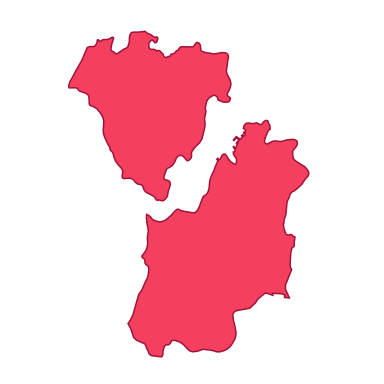 Antsiranana I, Diana, Madagascar, rotated 357°
{"feature_id": "10022922B77517626674469", "entity_name": "Antsiranana I", "entity_type": "district", "adm_level": 2, "iso_a3": "MDG", "parent_name": "Madagascar", "parent_adm1": "Diana", "projection": "robinson", "projection_center": [49.261, -12.291], "detail": "fine", "context": "isolated", "style": "filled", "palette": "rose", "viewbox_px": 384, "rotation_deg": 357, "n_neighbors": 0, "source": "geoboundaries", "source_scale": "gbopen_adm2", "svg_char_len": 6013}
<svg xmlns="http://www.w3.org/2000/svg" viewBox="0 0 384 384"><g transform="rotate(357 192 192)"><path d="M292.5,242.3L290.9,241.5L289.6,240.1L288.8,239.7L287.9,239.6L285.7,240.1L284.1,239.3L283.6,238.7L282.6,236.0L281.7,231.5L281.7,229.0L282.1,228.0L282.5,224.9L284.7,218.9L286.3,207.6L287.0,205.7L288.8,202.3L289.5,200.2L290.7,198.3L292.1,197.0L293.6,196.5L297.0,194.3L301.3,190.7L302.7,189.2L306.2,184.5L308.5,182.5L309.6,180.0L309.5,178.2L309.1,177.2L307.7,174.9L306.2,172.9L297.9,167.0L295.7,165.1L294.9,163.6L294.5,159.3L294.7,156.5L296.1,154.6L297.7,153.0L299.4,150.7L299.8,148.9L299.6,147.0L299.4,146.5L297.8,145.4L296.3,144.8L292.1,144.7L288.6,145.1L285.0,146.1L282.1,146.1L278.2,145.4L276.1,145.4L273.7,146.1L270.0,148.0L268.7,147.9L267.7,147.1L267.1,145.9L267.1,144.8L267.6,143.0L268.8,139.9L271.7,134.2L273.3,133.6L273.3,129.3L272.7,129.2L271.5,125.0L270.4,124.4L269.1,124.5L267.2,125.7L265.5,127.8L264.0,128.3L262.8,128.0L262.0,127.3L259.9,126.3L256.7,127.0L251.7,126.0L249.8,126.2L247.5,128.3L246.6,131.2L248.7,132.6L248.0,134.9L246.9,134.9L246.7,135.9L248.2,136.1L247.9,137.8L246.5,138.8L245.8,137.5L244.5,138.2L245.3,139.7L243.0,141.9L239.1,139.0L236.1,142.2L236.7,142.8L239.2,140.1L241.8,142.2L241.3,143.4L240.7,143.2L240.2,145.0L239.5,144.6L238.9,145.9L239.8,146.5L237.6,151.0L236.2,148.7L235.6,149.0L237.2,152.2L237.1,153.5L236.5,154.2L235.4,154.1L235.3,155.7L235.5,156.8L237.8,160.6L238.1,161.5L238.1,164.1L237.3,166.0L236.6,166.5L235.7,166.4L232.5,164.1L230.6,161.7L228.2,157.3L227.3,156.2L226.6,155.8L225.4,155.8L224.0,156.8L222.0,160.5L220.6,161.4L219.6,159.7L218.5,160.4L219.5,162.4L218.9,163.1L218.2,165.0L217.2,166.6L215.0,171.7L212.9,175.5L210.9,179.9L210.1,182.9L209.3,188.9L208.1,192.5L207.2,194.0L205.5,195.8L203.9,196.3L202.7,197.6L199.8,203.9L199.1,206.0L198.2,207.4L197.5,209.0L196.6,210.5L195.4,211.7L193.3,212.9L192.1,212.9L181.6,210.5L179.1,209.5L177.9,208.6L176.3,208.5L173.9,210.1L169.6,214.5L164.7,218.3L162.0,219.6L158.9,220.1L157.8,220.1L154.8,219.2L152.2,218.0L151.1,217.3L148.9,214.2L147.4,213.0L145.5,212.0L145.1,215.4L145.5,221.8L146.2,226.4L146.3,228.7L145.0,235.4L145.1,240.8L144.2,244.9L143.3,247.3L141.9,249.4L138.9,252.9L138.6,253.9L139.0,255.0L140.3,255.9L141.1,256.9L141.4,258.1L141.3,259.9L141.5,260.9L142.0,261.9L143.3,262.8L144.3,264.1L144.8,265.8L144.8,267.5L143.7,273.2L143.2,275.0L141.1,278.5L136.9,287.0L133.5,291.4L126.5,311.8L124.0,316.3L121.2,320.0L123.5,324.8L126.2,334.3L127.9,336.2L129.4,337.4L136.9,341.2L137.8,343.2L138.7,346.3L140.2,349.1L140.3,350.5L140.8,351.6L142.5,353.1L143.9,353.5L152.5,355.0L153.4,354.8L154.4,353.1L154.4,351.4L155.1,347.8L156.9,344.1L158.3,343.3L160.2,343.5L161.1,343.1L162.4,342.0L163.9,339.6L164.5,339.2L165.4,339.1L167.2,339.3L172.0,341.2L175.6,344.0L180.3,349.6L181.5,350.6L184.2,351.6L189.3,351.3L194.4,349.7L200.8,350.6L206.0,351.9L207.8,352.8L211.3,353.1L215.8,352.1L218.6,350.9L221.3,349.0L223.5,346.7L226.8,341.7L228.1,338.4L228.5,335.9L228.5,333.3L227.4,325.5L226.6,322.0L226.3,316.5L227.1,315.0L228.3,313.8L230.4,312.8L242.4,311.3L244.0,310.8L249.9,305.7L251.1,303.8L252.8,301.9L259.6,296.9L261.2,296.9L267.4,299.4L267.1,297.4L276.3,298.3L279.5,299.9L278.8,302.1L283.7,302.9L280.3,294.1L280.5,289.8L287.5,274.5L286.5,273.1L286.2,269.3L287.4,258.2L288.8,253.2L291.1,251.7L291.6,247.0L292.5,242.3ZM74.8,81.6L81.9,81.9L82.7,82.5L84.0,84.3L85.2,85.4L89.9,87.3L92.5,88.8L93.5,90.1L94.0,91.7L94.1,97.0L93.9,98.2L94.3,99.6L95.1,100.4L98.1,101.6L101.5,103.9L102.3,105.3L104.0,107.4L105.4,109.6L107.0,113.2L107.5,115.9L107.5,117.9L106.5,126.4L106.7,129.0L107.5,132.4L110.7,140.4L112.3,143.1L112.3,144.5L112.6,145.8L113.3,146.7L114.3,147.6L115.1,149.2L115.5,150.7L115.8,152.9L117.1,156.7L118.9,159.8L122.8,164.8L124.0,167.2L123.2,171.7L123.1,173.8L123.4,174.4L124.7,175.1L130.4,174.9L133.2,176.0L134.4,177.0L136.0,179.4L137.3,180.6L139.0,181.5L141.2,181.9L142.2,182.5L143.2,183.9L144.2,187.3L145.5,189.3L147.1,190.6L149.0,191.5L153.5,194.3L154.8,195.9L156.0,198.1L157.2,198.5L159.4,198.2L160.9,199.1L162.3,199.2L163.6,198.8L165.2,197.5L166.9,195.4L167.5,193.8L168.3,189.9L169.2,187.9L170.8,183.4L170.7,181.8L170.1,180.2L167.9,178.9L165.3,178.1L164.6,177.2L164.9,175.0L167.9,167.6L173.0,165.1L174.2,164.0L176.3,161.3L178.1,157.4L179.8,155.5L182.1,154.8L183.4,155.0L185.2,156.0L188.6,160.4L189.8,160.6L191.3,159.6L192.6,158.2L193.3,157.0L193.5,155.8L193.5,153.0L194.2,151.2L198.1,146.7L202.1,143.3L204.1,140.4L205.0,138.6L208.2,128.1L208.6,124.8L208.4,119.0L210.1,112.9L209.7,108.9L209.9,107.8L211.2,103.0L212.5,100.6L213.8,99.2L215.4,98.1L218.2,96.7L219.1,96.5L221.0,97.3L222.0,98.2L223.0,101.6L227.6,103.7L229.7,104.1L232.5,104.1L234.0,103.3L235.0,101.8L235.3,100.8L235.1,99.9L232.6,97.7L232.2,96.4L232.4,95.5L234.4,92.4L235.6,89.9L236.5,86.5L236.5,85.3L235.9,82.0L233.4,76.7L232.7,73.5L233.1,70.3L233.9,67.0L234.5,62.8L235.3,60.4L235.5,58.1L234.7,56.1L232.9,54.8L229.0,54.3L222.7,55.2L220.3,55.2L217.0,54.2L213.6,53.7L209.5,52.2L208.7,51.6L208.3,50.5L208.0,45.6L206.8,43.6L205.0,42.9L204.1,43.1L200.8,47.0L199.6,47.1L189.4,46.4L188.2,46.6L186.5,48.0L185.8,49.4L183.6,50.4L181.7,52.6L178.4,53.3L177.9,53.7L177.6,54.7L176.9,55.3L175.0,55.5L173.4,56.4L172.6,56.4L170.7,54.6L170.1,52.2L168.8,51.3L167.3,49.3L165.7,48.8L164.0,49.3L162.7,48.1L161.3,47.5L158.6,47.5L157.4,46.7L156.6,45.4L156.6,42.0L157.1,40.7L158.7,38.7L159.5,38.2L160.5,38.3L161.8,39.6L162.4,40.8L163.7,41.0L164.8,40.1L165.9,37.2L165.9,36.4L165.5,35.7L164.3,35.2L163.4,35.6L162.5,35.4L158.6,32.4L157.2,32.0L155.6,31.0L153.8,29.3L152.8,29.0L151.3,29.3L146.1,29.5L141.5,29.3L139.5,29.9L138.3,31.7L137.6,34.2L137.2,39.3L135.3,44.0L134.6,44.5L131.5,45.8L124.4,50.0L123.0,49.9L121.3,48.1L119.9,47.5L119.1,46.6L118.6,45.4L118.6,44.0L119.7,40.0L121.7,34.5L121.7,33.8L121.0,33.3L119.6,33.5L118.0,34.6L115.9,35.2L111.2,35.2L108.7,36.6L107.5,36.4L106.4,35.1L105.8,35.0L105.3,35.6L104.9,38.3L102.9,40.9L101.5,41.7L98.2,41.4L95.0,42.1L88.9,54.7L82.8,64.1L79.3,70.1L75.9,75.4L74.4,79.4L74.4,80.6L74.8,81.6Z" fill="#f43f5e" stroke="#9f1239" stroke-width="1.5"/></g></svg>